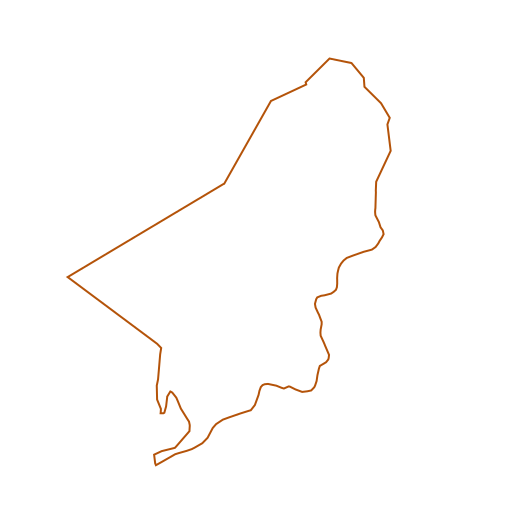 outline of Deville, Soufrière, Saint Lucia, rotated 335°
{"feature_id": "8701671B65041139962090", "entity_name": "Deville", "entity_type": "district", "adm_level": 2, "iso_a3": "LCA", "parent_name": "Saint Lucia", "parent_adm1": "Soufrière", "projection": "orthographic", "projection_center": [-61.051, 13.814], "detail": "fine", "context": "isolated", "style": "outline", "palette": "amber", "viewbox_px": 512, "rotation_deg": 335, "n_neighbors": 0, "source": "geoboundaries", "source_scale": "gbopen_adm2", "svg_char_len": 2004}
<svg xmlns="http://www.w3.org/2000/svg" viewBox="0 0 512 512"><g transform="rotate(335 256 256)"><path d="M88.4,402.4L99.0,401.5L102.8,402.0L110.8,403.3L116.4,403.9L117.7,403.8L118.8,403.8L128.2,403.0L135.3,400.3L144.1,393.6L148.8,391.5L156.8,390.3L163.7,390.9L175.2,392.1L184.3,393.3L186.1,393.6L192.0,390.6L199.6,383.0L202.1,379.7L205.0,376.8L207.4,375.8L209.7,375.9L212.8,377.0L219.6,382.1L223.6,386.4L225.3,387.9L230.5,388.0L231.5,388.7L235.3,393.5L240.4,398.7L245.3,400.3L249.2,401.2L253.3,399.6L254.8,398.4L258.1,394.9L261.3,390.0L265.4,384.7L267.4,382.6L274.6,381.9L277.8,380.3L278.4,379.6L278.8,379.1L280.4,376.5L280.7,367.4L280.7,366.5L280.8,365.4L280.9,362.5L280.9,355.6L282.0,352.7L283.5,350.0L286.6,345.7L287.7,343.4L288.1,338.1L288.3,335.8L288.2,333.8L288.2,328.0L289.2,324.3L292.3,320.6L294.0,319.4L298.2,319.6L301.6,320.6L308.2,321.8L311.3,321.3L314.2,320.4L316.1,318.5L317.9,315.4L319.6,311.7L320.1,310.5L320.9,309.0L322.4,306.3L324.3,303.8L326.2,301.5L329.8,298.9L331.2,298.2L333.5,297.1L335.9,296.5L337.4,296.1L344.2,296.6L355.4,297.7L360.9,298.7L363.8,299.2L368.2,298.4L372.1,296.3L374.5,294.5L378.0,292.4L380.9,290.1L381.0,289.5L381.5,287.5L381.6,287.0L381.7,286.3L381.4,284.7L381.0,282.6L381.7,277.2L381.4,269.7L381.8,268.4L382.6,266.3L383.9,263.9L384.4,263.2L391.6,248.9L392.2,247.4L396.3,239.5L422.5,217.6L430.7,192.3L435.6,187.3L433.9,170.4L425.8,148.5L429.0,140.1L424.1,121.5L406.1,108.1L374.4,119.5L374.0,121.8L335.1,121.8L257.7,177.1L257.1,177.0L76.4,195.5L129.3,293.8L131.2,299.3L127.6,304.6L119.3,319.1L115.1,326.4L111.3,331.5L105.7,344.3L105.2,354.4L103.6,357.4L103.1,358.2L103.7,358.5L105.6,359.4L106.7,359.3L108.9,356.7L110.9,354.4L115.6,346.8L116.1,345.9L121.1,342.6L121.6,343.2L122.4,344.4L123.2,347.7L123.9,350.7L123.8,354.5L123.4,362.5L124.8,374.2L125.3,377.8L124.5,381.2L124.1,382.1L122.3,385.4L121.7,386.6L103.4,394.8L101.4,395.6L88.1,393.0L85.6,393.0L79.7,393.0L77.0,401.3L76.9,403.3L83.6,402.8L88.4,402.4Z" fill="none" stroke="#b45309" stroke-width="2"/></g></svg>